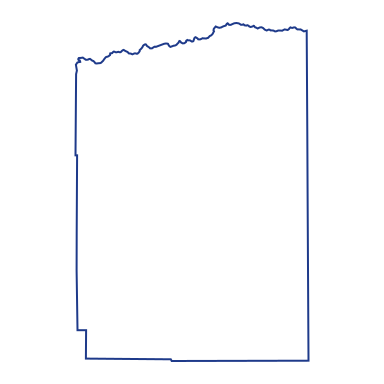 outline of Duchesne, Utah, United States of America
{"feature_id": "52423323B70589658228764", "entity_name": "Duchesne", "entity_type": "district", "adm_level": 2, "iso_a3": "USA", "parent_name": "United States of America", "parent_adm1": "Utah", "projection": "orthographic", "projection_center": [-110.49, 40.32], "detail": "fine", "context": "isolated", "style": "outline", "palette": "blue", "viewbox_px": 384, "rotation_deg": 0, "n_neighbors": 0, "source": "geoboundaries", "source_scale": "gbopen_adm2", "svg_char_len": 2829}
<svg xmlns="http://www.w3.org/2000/svg" viewBox="0 0 384 384"><path d="M76.1,74.1L75.5,155.3L77.1,155.3L76.7,231.8L76.6,270.1L77.5,330.2L86.1,330.2L85.9,358.6L170.8,359.3L171.7,361.0L308.5,360.7L307.6,194.3L307.3,132.9L306.7,30.7L303.9,31.4L300.6,29.4L300.1,29.5L298.5,29.4L297.4,29.4L296.5,28.8L295.9,28.1L295.0,27.4L293.9,27.4L292.5,27.9L291.0,27.7L290.4,27.4L289.5,28.2L289.0,29.0L287.7,30.0L286.1,29.7L284.7,29.4L283.4,30.0L282.2,30.7L281.0,30.6L279.6,30.5L278.2,30.5L277.1,31.0L275.8,31.4L274.7,31.3L273.6,30.6L271.8,30.4L270.5,30.4L269.7,29.7L268.6,29.6L266.7,30.5L264.7,29.6L264.2,29.1L263.2,28.1L261.6,27.3L260.0,27.4L258.8,27.9L257.7,28.5L256.1,27.6L255.2,27.4L254.5,26.6L254.0,25.9L253.6,25.8L253.1,26.2L252.1,26.6L250.6,27.0L249.3,26.5L248.5,25.7L247.3,25.2L246.3,25.6L244.4,25.3L244.1,24.8L243.3,24.3L242.6,24.7L241.0,24.8L239.8,24.0L238.8,23.4L236.4,23.0L234.2,23.3L231.9,24.3L230.7,24.9L229.2,24.9L228.5,24.4L228.3,23.8L227.6,23.3L226.8,23.8L225.7,25.6L224.0,26.1L222.5,26.7L221.3,27.4L219.3,27.8L217.5,27.3L216.6,26.9L215.7,26.5L215.1,27.2L213.8,28.8L213.5,30.3L214.0,31.3L213.3,32.5L212.8,33.6L212.0,34.6L211.0,35.5L209.8,36.0L208.7,37.2L207.9,38.0L207.3,38.0L206.6,38.4L205.6,38.5L204.5,38.4L203.5,38.4L202.7,38.2L202.1,38.5L201.3,38.9L200.1,39.4L198.9,39.4L198.2,39.3L197.5,38.4L196.2,37.6L195.6,37.2L194.8,37.6L194.3,38.3L193.9,39.6L193.3,41.2L192.0,41.6L191.1,41.1L190.0,40.4L188.8,40.3L187.7,40.4L187.3,40.0L186.6,40.4L186.1,41.0L186.0,42.0L184.4,43.2L182.8,43.4L181.2,42.6L180.1,41.2L179.4,41.0L178.9,41.8L178.5,42.7L177.4,43.7L176.6,44.7L175.6,45.3L174.7,45.6L173.7,45.7L172.6,46.1L170.4,46.9L169.4,46.2L168.5,44.9L168.0,43.8L167.2,43.6L165.8,43.5L164.1,43.8L155.8,46.9L155.0,46.6L154.2,46.9L153.2,47.5L152.1,48.3L151.0,48.4L150.0,48.3L149.5,47.7L148.7,47.1L147.8,46.5L146.9,45.9L146.4,45.1L146.0,44.5L145.2,44.3L144.6,44.6L143.6,45.2L143.0,45.9L142.4,47.2L141.5,48.4L140.5,49.4L139.7,50.1L139.7,51.1L139.2,51.9L138.6,52.7L137.8,53.3L137.6,53.6L136.9,53.8L136.4,53.6L135.6,53.4L134.5,53.4L133.5,53.8L132.5,54.3L131.8,54.1L130.9,53.6L129.7,53.5L128.8,53.4L128.2,52.7L127.5,51.9L126.6,51.6L125.5,51.0L124.5,50.5L123.7,49.9L123.0,50.1L122.3,50.6L121.7,51.1L121.0,51.9L120.5,52.2L119.4,52.2L118.3,51.8L117.6,52.0L116.6,52.3L115.4,52.2L114.5,51.7L113.7,51.6L112.9,52.2L112.2,53.1L110.9,53.3L110.3,53.3L110.1,53.9L110.2,54.2L110.0,55.1L109.5,55.4L108.6,56.2L107.5,56.7L106.4,56.9L105.7,57.3L104.9,58.3L104.0,59.4L103.2,60.7L102.0,61.8L101.3,62.6L100.2,63.1L99.1,63.2L97.9,63.3L96.7,63.5L95.4,63.3L94.5,62.1L93.4,61.0L92.3,60.7L91.4,59.9L90.5,59.3L90.0,58.9L89.1,59.0L88.3,59.5L86.9,59.8L85.6,59.7L84.7,58.9L83.7,58.3L82.8,57.6L81.0,57.9L78.9,58.0L78.4,58.6L78.3,59.6L78.8,60.2L79.6,60.3L80.1,61.2L80.2,61.9L78.9,62.1L77.4,62.5L75.9,64.7L76.9,70.6L76.1,74.1Z" fill="none" stroke="#1e3a8a" stroke-width="2"/></svg>